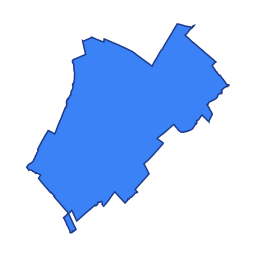 Mihalaseni, Botosani, Romania, rotated 85°
{"feature_id": "2599482B30882633925542", "entity_name": "Mihalaseni", "entity_type": "district", "adm_level": 2, "iso_a3": "ROU", "parent_name": "Romania", "parent_adm1": "Botosani", "projection": "equal_earth", "projection_center": [27.092, 47.89], "detail": "fine", "context": "isolated", "style": "filled", "palette": "blue", "viewbox_px": 256, "rotation_deg": 85, "n_neighbors": 0, "source": "geoboundaries", "source_scale": "gbopen_adm2", "svg_char_len": 5636}
<svg xmlns="http://www.w3.org/2000/svg" viewBox="0 0 256 256"><g transform="rotate(85 128 128)"><path d="M227.0,194.9L227.2,194.3L227.4,194.1L227.3,193.8L227.4,193.4L227.2,193.0L227.2,192.8L226.7,192.5L226.7,192.4L226.3,192.5L226.1,192.3L226.0,192.0L225.8,191.8L226.1,191.4L225.5,190.8L225.5,190.7L225.7,190.8L225.8,190.4L225.1,190.1L225.2,189.8L225.2,189.6L225.0,189.4L224.8,189.0L224.4,188.6L220.4,190.2L207.9,194.7L207.2,193.7L206.5,192.5L206.1,192.1L205.2,191.5L206.0,190.8L216.2,187.2L207.2,175.0L202.8,168.7L201.9,167.5L202.8,166.8L201.0,164.6L200.7,164.5L199.9,164.9L199.7,164.8L199.3,164.2L199.3,163.9L199.5,162.7L199.5,162.3L198.9,161.4L198.8,161.1L198.8,160.7L199.2,160.3L200.2,160.1L200.7,160.2L201.5,160.5L202.7,159.9L203.8,159.1L203.5,158.7L199.9,155.1L197.3,152.7L195.8,151.6L192.6,148.8L190.4,146.8L202.5,137.5L201.3,136.2L200.5,135.3L199.6,134.4L199.2,134.3L198.5,134.4L198.4,134.0L198.7,133.6L198.9,133.5L198.9,133.2L197.3,131.7L197.2,131.2L197.3,131.0L197.2,130.6L195.4,128.5L194.7,127.7L193.5,126.6L193.3,125.4L193.2,124.9L193.2,124.6L193.0,124.2L192.7,124.2L192.4,124.3L189.9,126.3L175.5,111.0L166.7,114.5L165.1,115.3L163.4,113.1L162.6,111.8L161.5,110.4L160.0,108.7L156.0,104.2L153.6,101.8L152.1,100.1L150.8,98.8L146.7,94.5L145.9,94.3L141.1,99.9L140.1,98.7L137.5,94.8L136.0,92.4L128.7,82.5L128.5,82.0L128.6,81.7L129.9,81.2L131.1,80.3L132.4,79.2L133.2,78.9L133.8,78.5L134.9,77.7L136.0,76.3L136.7,75.6L136.8,75.2L136.7,74.2L137.1,73.1L136.7,72.5L136.6,72.2L136.7,71.9L136.9,71.3L136.9,71.0L136.4,70.1L136.5,69.8L136.5,69.6L136.5,69.2L136.2,68.8L136.0,67.4L135.8,67.0L135.4,66.4L135.4,65.6L134.7,64.2L134.1,63.5L133.1,62.8L131.1,61.2L130.6,60.8L129.2,60.0L129.8,59.5L129.2,59.2L128.3,58.9L126.6,59.0L126.6,58.5L126.2,57.4L126.1,57.2L121.5,53.2L124.0,51.1L124.5,50.7L124.8,50.3L125.0,49.9L125.9,49.5L129.0,46.8L128.4,46.8L127.6,46.5L124.2,44.3L121.8,42.8L121.6,42.8L120.0,43.3L118.4,44.1L116.0,45.2L115.1,45.4L114.7,45.7L113.9,46.0L112.9,46.7L111.5,47.4L110.8,46.2L111.0,46.0L110.1,45.6L109.5,45.2L109.2,44.8L109.0,44.4L108.9,43.5L108.1,41.9L107.8,41.3L107.4,39.7L107.2,39.3L106.5,38.3L106.2,37.6L105.7,37.0L104.7,36.2L103.9,35.8L103.1,35.7L102.9,35.6L102.5,35.1L101.8,33.4L101.3,32.7L101.9,32.2L102.0,32.0L102.0,31.8L101.9,31.7L101.1,31.4L100.0,31.3L99.5,31.2L99.2,31.6L98.6,31.9L97.2,29.7L96.8,29.3L96.3,28.7L95.9,27.6L95.7,27.4L95.4,26.9L95.4,26.5L95.5,25.7L95.1,25.1L94.9,24.6L94.5,23.9L94.4,23.7L94.1,23.6L93.6,24.2L93.5,24.6L93.5,24.8L93.9,25.2L93.9,25.4L88.7,28.5L83.3,31.9L83.5,32.7L81.1,34.1L80.1,34.6L79.8,34.8L80.0,35.0L79.3,35.6L78.9,35.8L78.4,35.9L77.2,36.4L76.6,36.8L73.5,38.5L73.1,38.6L72.5,38.2L71.9,37.3L71.5,36.7L70.4,36.1L70.3,35.9L70.3,35.2L70.2,35.0L69.9,34.6L68.2,36.4L67.2,37.2L63.6,40.8L62.9,41.4L60.2,44.3L59.8,44.6L57.3,46.9L53.1,51.2L51.6,52.5L48.5,55.6L47.1,57.1L43.6,60.1L40.5,63.1L40.1,62.8L39.6,61.9L38.9,61.0L36.9,59.3L36.1,58.5L34.6,56.8L34.3,56.0L32.9,54.4L32.3,53.7L31.6,53.1L31.7,53.7L32.5,55.0L33.4,55.5L33.6,55.8L33.7,56.1L33.5,56.4L33.2,56.6L32.8,56.8L32.6,57.4L32.6,58.0L32.1,59.4L31.6,61.6L30.6,64.0L30.3,64.9L29.3,67.3L28.6,69.9L34.5,74.2L39.2,77.4L39.2,77.5L40.0,78.1L46.4,82.8L48.0,83.9L48.7,84.5L50.8,85.9L52.1,86.5L52.4,86.8L52.8,87.7L53.6,88.2L54.5,89.0L54.9,89.2L55.4,89.8L57.7,91.2L60.7,93.3L64.0,95.8L65.7,96.9L68.5,98.5L67.2,100.1L65.7,101.7L60.7,107.5L57.9,110.6L56.7,112.1L54.3,114.6L51.9,117.4L50.6,119.7L48.0,124.0L46.6,126.6L46.1,127.4L45.2,129.0L44.2,130.6L41.3,136.3L39.8,138.9L39.1,140.4L37.9,142.4L37.2,144.0L40.2,144.6L39.6,146.2L38.6,148.1L37.3,150.9L36.4,152.6L35.3,154.4L34.7,155.4L34.3,156.6L34.9,156.8L35.3,158.0L36.2,160.8L37.7,165.1L37.2,165.6L37.9,165.6L51.0,163.8L55.2,176.7L56.1,176.7L56.2,177.3L56.3,177.5L57.1,177.6L58.0,177.4L59.1,177.0L59.4,176.6L66.3,176.7L67.9,176.3L70.6,176.7L72.8,176.9L75.5,177.3L76.1,177.5L77.1,177.8L77.4,178.0L79.4,178.4L79.5,179.0L79.3,179.2L79.9,179.5L81.3,179.3L81.8,179.2L83.5,179.5L84.5,180.0L84.9,180.3L85.8,180.8L86.1,181.2L86.6,181.4L87.6,181.5L88.5,181.9L90.1,182.2L90.5,182.8L90.9,183.2L91.4,183.4L92.8,184.4L94.0,184.9L93.5,185.5L94.2,185.8L95.0,186.6L95.4,186.7L96.0,186.7L97.1,187.2L98.1,187.0L98.3,186.7L99.4,187.2L99.9,187.0L100.4,187.1L100.7,187.3L100.8,187.5L101.7,187.9L102.4,188.4L102.2,188.6L107.3,191.3L113.2,194.1L114.7,195.0L114.8,195.2L116.8,196.1L117.7,196.6L118.2,196.8L118.8,197.2L119.9,197.8L121.3,198.4L121.8,198.6L123.3,199.4L124.8,200.0L127.3,201.5L127.2,201.7L127.4,201.7L127.0,202.3L124.0,206.7L124.3,206.8L123.6,207.8L123.9,208.0L124.8,208.6L126.1,209.5L126.8,210.1L127.8,210.9L128.3,211.2L129.2,211.8L136.7,216.9L136.9,216.8L138.0,217.6L138.7,218.1L139.1,218.5L141.0,219.4L141.2,219.8L141.6,219.9L141.9,219.9L142.8,219.4L143.2,219.5L144.9,221.0L146.7,221.8L148.6,223.2L149.6,223.2L150.0,223.4L150.4,224.0L150.9,224.5L152.1,224.9L153.4,226.0L153.8,226.5L155.0,228.9L155.2,229.5L156.5,230.9L158.2,232.4L159.8,231.5L160.6,230.6L161.1,230.6L160.9,230.3L161.0,230.0L161.8,227.7L162.3,226.8L162.8,226.7L163.0,226.4L163.8,225.0L164.8,224.2L164.5,224.1L164.9,223.7L165.0,223.5L164.7,223.2L165.5,221.7L166.1,220.9L167.1,219.1L167.3,219.1L170.1,221.5L170.4,221.5L170.5,221.4L173.7,219.4L174.6,218.7L175.4,218.2L176.5,217.3L178.8,215.8L180.3,214.5L181.0,214.2L181.7,213.6L185.2,211.1L186.0,210.2L185.6,210.0L186.1,209.6L189.1,207.3L189.5,207.8L191.4,206.5L191.7,206.4L194.2,204.6L194.6,204.3L196.1,203.1L202.5,198.6L204.7,196.9L205.8,196.0L206.2,195.7L206.9,195.4L207.8,195.1L208.0,195.5L208.9,196.4L210.0,197.2L210.2,198.0L211.3,199.3L211.6,200.0L215.8,198.3L217.6,197.7L219.4,197.2L220.8,196.5L225.2,194.9L226.7,194.8L227.0,194.9Z" fill="#3b82f6" stroke="#1e3a8a" stroke-width="1.5"/></g></svg>